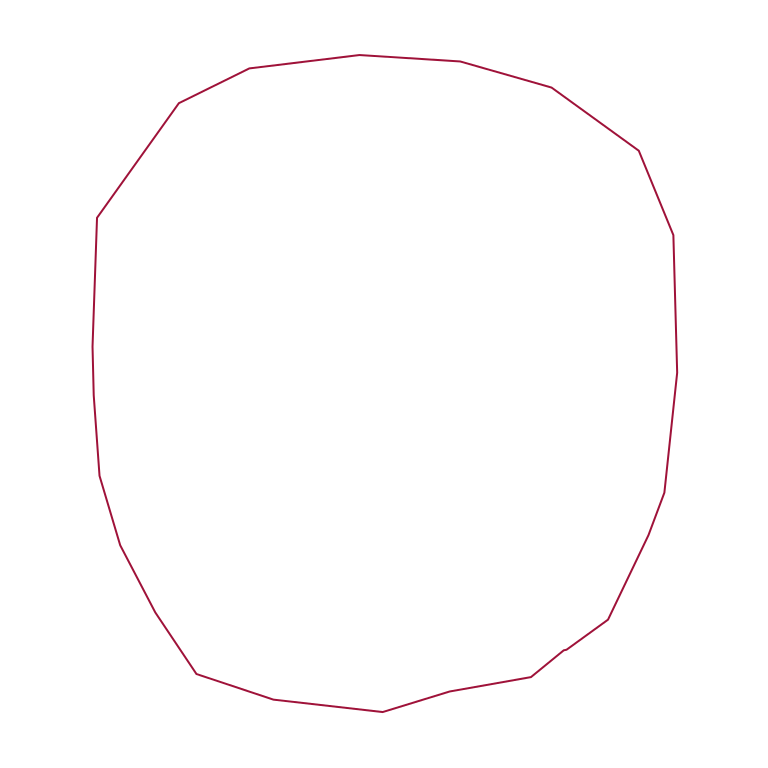 outline of Dibaya-Lubwe, Bandundu, Democratic Republic of the Congo, rotated 92°
{"feature_id": "63176286B25992661497472", "entity_name": "Dibaya-Lubwe", "entity_type": "district", "adm_level": 2, "iso_a3": "COD", "parent_name": "Democratic Republic of the Congo", "parent_adm1": "Bandundu", "projection": "orthographic", "projection_center": [19.864, -4.155], "detail": "fine", "context": "isolated", "style": "outline", "palette": "rose", "viewbox_px": 768, "rotation_deg": 92, "n_neighbors": 0, "source": "geoboundaries", "source_scale": "gbopen_adm2", "svg_char_len": 472}
<svg xmlns="http://www.w3.org/2000/svg" viewBox="0 0 768 768"><g transform="rotate(92 384 384)"><path d="M302.4,676.6L356.8,676.6L405.5,673.7L485.7,665.1L554.4,642.0L620.3,604.6L680.4,561.3L703.3,483.5L711.9,373.9L689.0,307.6L671.8,226.9L643.9,195.1L643.2,192.3L611.7,151.9L525.8,114.4L482.8,100.0L362.5,91.4L225.1,100.0L142.0,137.5L81.9,226.9L59.0,319.1L56.1,420.0L73.3,529.6L110.5,598.8L227.9,676.6L302.4,676.6Z" fill="none" stroke="#9f1239" stroke-width="2"/></g></svg>